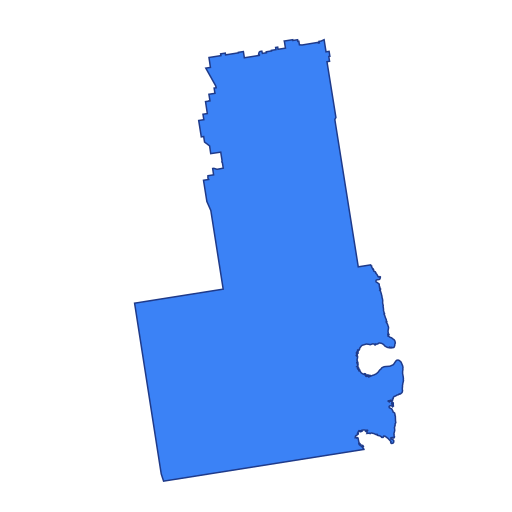 outline of Mount Marshall, Western Australia, Australia, rotated 171°
{"feature_id": "25037944B9675874244357", "entity_name": "Mount Marshall", "entity_type": "district", "adm_level": 2, "iso_a3": "AUS", "parent_name": "Australia", "parent_adm1": "Western Australia", "projection": "natural_earth1", "projection_center": [117.638, -30.294], "detail": "fine", "context": "isolated", "style": "filled", "palette": "blue", "viewbox_px": 512, "rotation_deg": 171, "n_neighbors": 0, "source": "geoboundaries", "source_scale": "gbopen_adm2", "svg_char_len": 6022}
<svg xmlns="http://www.w3.org/2000/svg" viewBox="0 0 512 512"><g transform="rotate(171 256 256)"><path d="M144.2,229.3L156.7,229.3L156.8,378.5L155.4,380.3L155.5,436.8L152.9,436.8L152.9,441.7L151.8,441.7L151.8,446.7L154.9,446.7L154.9,459.0L158.1,458.1L160.2,458.1L160.1,456.6L161.1,456.6L161.1,457.3L177.5,457.2L180.1,457.8L180.1,461.4L181.1,461.4L181.1,463.1L185.9,463.1L185.9,463.9L194.5,463.9L194.4,463.3L194.4,456.7L201.9,456.7L201.9,458.9L204.0,458.9L204.0,456.7L208.6,456.7L208.6,456.1L213.9,456.1L213.9,455.1L218.0,455.1L218.2,457.4L220.0,457.4L221.0,456.8L221.5,455.8L221.9,454.7L221.1,454.2L221.3,453.6L236.5,453.6L236.5,459.9L241.5,459.9L241.5,459.4L254.6,459.4L254.6,461.2L259.3,461.2L259.3,459.4L271.4,459.4L271.5,449.4L276.2,449.4L269.2,430.4L269.0,428.4L271.1,428.4L271.1,423.1L277.2,423.1L277.2,416.4L278.3,416.4L278.5,416.6L278.8,416.4L281.7,416.4L281.8,404.3L286.2,404.3L286.2,398.8L291.4,398.8L291.4,382.2L289.0,382.2L289.0,376.6L284.6,372.0L284.7,364.2L274.6,364.1L274.6,355.6L274.9,354.7L275.0,354.1L274.6,353.5L274.6,347.9L280.9,347.7L283.9,349.2L285.1,349.2L285.2,342.8L290.9,342.8L291.3,340.6L290.8,339.0L296.0,339.0L296.0,317.5L293.5,308.0L293.6,228.4L383.3,228.4L383.7,55.6L382.5,48.1L179.7,48.1L179.9,49.1L180.4,49.3L180.5,50.4L179.7,51.0L180.1,52.1L180.8,52.4L181.4,51.2L181.9,51.9L182.7,52.5L183.6,53.6L183.7,54.4L182.5,54.0L183.5,55.6L183.7,60.3L184.4,60.8L185.0,60.4L185.6,61.0L186.4,61.0L186.0,62.4L185.4,63.0L184.9,62.9L183.6,63.9L182.9,64.1L182.7,64.9L183.4,65.2L181.7,67.4L180.4,67.1L180.7,66.8L181.3,66.6L181.0,66.3L180.1,66.0L178.7,66.4L179.0,66.9L178.7,67.4L176.5,67.3L175.2,66.8L173.1,66.5L173.0,66.2L173.5,65.7L174.3,65.7L174.9,65.5L174.2,64.9L173.9,64.3L173.8,63.8L174.1,63.4L171.5,63.2L171.1,62.7L170.3,63.1L169.4,63.1L168.9,62.8L166.9,62.0L166.0,61.2L165.4,60.9L164.5,61.0L164.1,60.8L164.1,60.6L164.5,60.4L164.3,60.1L163.5,59.6L162.0,59.1L160.0,57.6L160.2,57.2L159.0,56.9L158.4,57.3L157.9,58.2L156.7,57.8L154.1,55.1L151.4,51.1L151.9,51.4L152.1,51.1L152.0,50.2L151.6,49.7L150.8,49.6L149.8,49.8L149.1,50.6L148.8,52.0L149.8,53.6L151.4,54.2L151.2,54.7L151.2,55.3L149.8,55.5L148.6,54.7L148.0,54.9L147.7,55.3L147.5,55.9L147.9,56.3L147.5,57.9L147.7,58.6L146.3,61.9L146.1,63.9L146.2,64.6L145.5,66.1L145.6,66.4L145.0,67.1L144.9,68.4L144.0,69.5L144.0,71.3L143.4,76.2L143.7,76.9L143.5,77.7L143.7,79.3L145.1,80.6L145.0,81.2L145.9,83.8L148.0,85.2L148.2,86.2L147.6,87.0L146.4,87.1L145.0,86.5L144.7,85.7L143.7,86.3L143.8,87.0L143.4,89.4L143.7,89.8L144.1,89.7L144.1,88.6L144.6,87.9L145.1,88.6L145.1,89.3L144.3,90.4L144.6,91.2L146.8,91.7L147.2,91.4L147.3,91.1L148.2,92.0L148.0,92.3L146.8,92.2L145.7,92.5L145.5,92.1L144.4,91.9L143.8,91.9L143.5,92.5L143.8,92.8L143.7,93.3L142.8,93.7L142.6,94.7L141.5,95.7L140.7,95.7L140.4,95.9L139.5,96.1L138.5,96.6L137.1,96.7L136.1,97.4L135.6,97.0L134.7,97.3L133.1,98.3L132.3,100.0L132.4,100.6L132.3,101.6L132.1,103.0L131.8,103.6L131.6,105.3L131.3,105.8L131.1,106.7L129.8,109.9L129.9,110.6L129.6,111.7L129.5,113.7L129.6,117.1L129.4,117.9L129.4,118.5L128.7,120.8L128.6,121.9L128.3,122.8L128.3,124.4L129.3,128.5L130.7,130.3L131.9,131.0L133.1,131.1L134.3,130.4L137.0,127.5L137.6,127.1L140.9,126.2L146.0,126.6L147.3,126.5L149.2,125.9L150.2,124.9L151.7,124.0L153.7,122.0L155.7,120.8L158.3,120.0L159.5,119.9L162.6,119.1L161.8,120.1L162.0,120.3L163.0,120.4L164.1,121.1L164.8,121.0L165.0,120.9L163.6,119.8L164.2,119.6L164.6,119.2L164.4,119.7L166.0,119.8L166.4,120.2L166.3,121.5L166.0,121.9L166.3,122.5L167.3,122.8L167.5,122.4L167.4,121.8L169.6,123.4L170.5,124.3L171.1,125.7L171.4,125.8L171.8,125.5L171.4,126.2L172.4,126.6L172.3,127.1L171.6,127.4L172.1,128.0L172.7,127.8L173.0,128.1L172.9,128.5L172.5,128.5L172.0,128.7L172.0,129.1L172.7,129.5L172.9,129.0L173.3,129.2L173.4,129.5L173.3,129.8L172.5,130.4L172.7,130.9L173.5,131.1L172.5,131.8L172.7,132.4L172.2,133.0L172.8,133.6L172.1,134.0L172.0,134.5L173.7,135.2L172.6,135.2L172.4,135.4L172.2,136.1L172.6,137.4L172.3,137.8L172.3,138.2L171.6,139.5L171.9,139.2L171.9,139.5L171.3,140.4L171.7,141.3L172.0,141.5L172.3,141.5L172.3,141.8L172.5,141.9L172.6,142.2L172.4,142.4L172.2,141.9L171.6,142.0L171.4,142.1L171.4,143.1L172.0,144.0L172.0,144.7L171.5,145.0L171.5,144.4L171.2,144.3L171.3,144.5L170.9,145.3L171.1,145.7L170.9,145.8L170.7,145.2L170.9,144.8L170.5,144.2L170.3,144.3L170.4,145.1L169.8,146.4L170.3,146.6L170.6,146.3L170.4,147.1L170.2,147.1L169.9,147.4L169.0,146.9L168.3,147.7L168.2,148.4L167.8,148.9L166.1,150.6L165.1,151.2L160.7,151.8L157.4,150.8L157.2,150.5L154.4,151.0L152.5,150.3L152.8,150.2L152.7,149.8L152.4,149.5L151.9,149.5L151.4,150.3L151.2,150.1L149.4,150.1L148.9,150.6L147.7,150.8L145.9,150.2L144.9,149.6L143.7,148.4L142.8,146.9L140.6,145.2L137.8,144.2L137.5,144.3L137.6,144.6L137.3,144.4L137.0,144.6L136.8,144.5L137.3,144.2L136.3,144.0L136.0,144.1L136.0,144.3L136.7,144.6L136.3,144.6L135.2,144.0L134.3,144.1L133.8,144.4L133.0,145.8L132.7,147.1L132.0,148.3L132.1,150.3L132.7,151.7L133.7,152.6L134.9,154.0L136.6,154.9L137.2,155.6L137.3,156.0L137.6,155.9L138.1,156.1L138.1,156.7L137.8,157.1L136.4,158.2L138.0,157.6L138.1,157.9L137.4,159.4L137.4,161.1L136.3,164.3L136.3,165.4L136.7,167.1L136.7,167.9L137.4,169.5L137.1,170.3L137.7,170.3L137.8,170.5L137.3,171.2L137.3,172.9L137.8,174.6L138.1,176.6L138.3,177.5L138.4,178.3L138.2,178.8L138.5,178.8L138.3,179.8L138.6,182.2L138.4,183.2L138.4,183.8L138.3,184.7L138.4,186.0L138.1,187.1L138.3,189.7L137.8,192.3L137.8,193.8L138.0,195.4L137.9,196.7L138.1,198.1L138.1,198.9L138.6,202.2L138.9,202.5L138.6,202.6L138.6,203.2L138.2,203.7L138.4,203.8L138.5,204.8L138.9,204.2L138.9,207.0L138.7,209.0L140.4,210.8L141.1,211.2L141.4,211.6L141.5,212.3L141.3,213.0L141.0,213.4L139.9,213.6L138.6,213.5L137.6,213.6L137.0,214.3L136.4,215.8L136.5,216.0L137.2,215.8L137.5,216.0L137.6,216.4L138.2,216.5L139.1,215.9L138.6,216.3L139.4,218.8L140.4,220.3L140.2,220.7L140.7,221.8L141.7,222.3L142.1,222.8L141.9,223.7L142.2,223.9L142.2,224.3L142.5,224.3L142.8,223.9L142.5,225.3L142.9,225.5L143.5,227.1L143.3,228.0L144.2,228.7L144.2,229.3Z" fill="#3b82f6" stroke="#1e3a8a" stroke-width="1.5"/></g></svg>